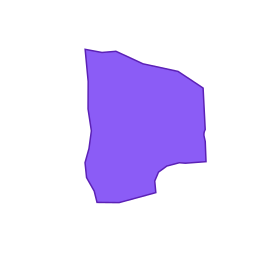 the Municipality of Brda, rotated 218°
{"feature_id": "SVN-1024", "entity_name": "Brda", "entity_type": "Municipality", "adm_level": 1, "iso_a3": "SVN", "parent_name": "Slovenia", "parent_adm1": "", "projection": "albers", "projection_center": [13.525, 46.021], "detail": "fine", "context": "isolated", "style": "filled", "palette": "violet", "viewbox_px": 256, "rotation_deg": 218, "n_neighbors": 0, "source": "natural_earth", "source_scale": "10m", "svg_char_len": 508}
<svg xmlns="http://www.w3.org/2000/svg" viewBox="0 0 256 256"><g transform="rotate(218 128 128)"><path d="M45.8,149.5L61.1,135.6L66.2,132.2L74.0,121.9L76.8,112.0L74.3,102.7L66.3,94.2L89.1,63.7L106.6,50.3L115.8,57.5L130.1,63.4L140.5,74.2L146.1,87.8L155.1,103.2L171.2,118.4L188.0,140.1L210.2,163.6L195.0,171.5L185.5,180.3L184.8,181.0L155.7,187.8L123.4,203.4L93.4,205.7L66.2,174.3L65.8,172.6L65.2,171.2L64.4,169.9L63.4,168.7L58.8,164.9L45.8,149.5Z" fill="#8b5cf6" stroke="#5b21b6" stroke-width="1.5"/></g></svg>